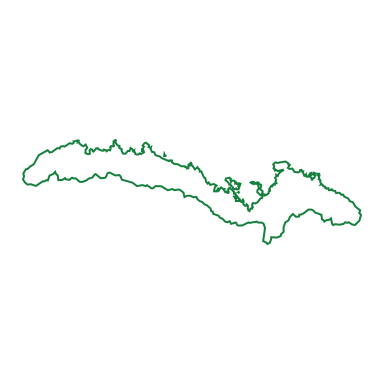 Gorontalo Utara, Gorontalo, Indonesia
{"feature_id": "22746128B78667545948550", "entity_name": "Gorontalo Utara", "entity_type": "district", "adm_level": 2, "iso_a3": "IDN", "parent_name": "Indonesia", "parent_adm1": "Gorontalo", "projection": "robinson", "projection_center": [122.789, 0.865], "detail": "fine", "context": "isolated", "style": "outline", "palette": "green", "viewbox_px": 384, "rotation_deg": 0, "n_neighbors": 0, "source": "geoboundaries", "source_scale": "gbopen_adm2", "svg_char_len": 6049}
<svg xmlns="http://www.w3.org/2000/svg" viewBox="0 0 384 384"><path d="M92.5,177.5L94.4,174.8L95.6,174.1L100.7,178.2L104.9,177.9L106.1,176.7L107.5,173.3L109.6,172.5L115.1,175.4L119.5,175.1L120.8,176.8L121.8,179.6L132.5,182.7L137.1,186.1L142.4,185.1L145.7,186.1L147.0,185.2L151.5,188.3L153.0,188.2L155.5,186.1L161.4,186.3L167.8,190.2L172.3,189.1L174.8,190.2L178.1,189.5L180.0,189.9L183.5,192.7L184.5,197.1L186.9,195.8L190.0,195.7L193.5,197.3L196.3,196.9L197.5,199.3L199.6,201.0L202.3,202.1L204.5,204.4L206.6,205.1L210.5,208.4L211.2,211.2L212.7,211.5L213.2,213.8L218.7,215.8L219.9,217.7L222.4,218.7L225.3,221.7L227.6,222.2L229.7,221.2L231.1,223.8L235.8,222.5L237.3,225.0L238.4,225.6L242.4,225.4L248.6,222.4L249.5,222.9L256.9,221.6L258.3,222.6L261.4,222.6L263.5,223.6L265.0,227.9L263.2,241.1L266.4,242.7L267.4,244.0L269.8,242.8L271.1,239.4L271.2,237.2L276.8,237.6L280.6,236.1L281.2,234.1L283.6,231.8L283.6,227.1L285.3,222.4L288.5,220.4L290.0,216.9L292.9,214.0L295.9,216.8L299.0,216.5L299.3,214.7L300.9,214.7L303.8,213.2L308.4,209.6L311.4,209.6L313.0,210.3L315.1,212.5L321.4,214.8L322.0,219.5L323.4,220.0L324.3,221.6L326.9,220.0L329.0,219.9L331.0,218.4L332.0,223.6L333.1,225.1L335.1,224.2L339.7,224.7L343.5,223.9L345.2,222.3L347.4,222.8L348.7,222.3L352.0,224.4L354.9,225.0L359.4,220.7L361.0,214.9L359.2,212.9L360.2,210.4L355.3,206.5L352.9,202.2L349.8,201.2L348.3,198.6L344.2,196.5L343.2,194.6L341.4,194.8L339.5,192.8L335.9,192.9L335.2,191.0L332.9,190.6L332.0,189.3L331.4,189.3L331.1,190.1L328.9,190.2L328.4,188.2L326.6,188.7L326.3,188.0L325.1,187.8L325.2,186.7L323.3,186.3L322.4,184.5L320.8,184.7L321.3,184.1L320.2,182.0L320.5,180.6L318.8,179.3L319.5,178.8L318.8,177.2L319.4,175.9L318.2,175.5L319.2,174.9L319.2,173.8L315.3,173.6L313.9,172.7L313.0,174.3L315.0,175.5L314.8,176.7L314.1,178.0L312.7,178.3L312.4,179.7L311.9,179.7L311.1,177.5L310.1,176.9L310.4,175.6L311.5,174.8L311.4,172.8L310.1,173.3L310.0,174.3L309.0,175.0L308.8,176.6L306.7,176.7L306.1,174.4L305.2,175.8L304.4,175.9L303.1,172.7L303.2,171.5L302.3,171.8L301.5,169.9L300.1,170.1L299.9,171.4L298.4,172.4L294.4,171.9L292.4,168.6L289.5,168.9L287.9,167.9L289.8,165.0L288.3,164.5L288.5,163.5L285.5,161.5L277.5,162.9L275.3,162.4L273.2,164.4L274.3,166.3L273.5,168.3L274.3,169.5L275.0,169.4L275.1,170.5L276.1,170.0L277.8,171.1L282.8,169.7L283.1,170.4L280.1,172.2L278.0,174.8L277.8,175.8L276.2,174.9L276.4,176.4L275.0,177.8L276.1,179.8L275.6,181.1L276.4,183.2L275.1,183.2L274.8,184.6L273.6,184.0L273.3,185.0L272.3,185.2L272.2,186.4L271.1,186.1L269.2,189.1L270.1,190.0L269.9,191.0L268.8,191.3L268.7,193.2L266.3,195.0L264.7,194.5L265.1,195.3L264.5,195.7L262.5,195.2L262.2,197.9L260.3,198.6L257.8,202.1L255.5,203.4L252.8,203.1L252.1,204.9L252.8,207.0L251.9,207.5L252.2,208.6L250.4,208.7L249.5,211.1L248.4,210.4L247.7,208.1L248.1,206.3L247.1,204.7L246.6,204.3L246.3,205.7L245.3,205.9L243.2,204.1L243.7,201.4L243.0,199.6L242.3,200.2L242.9,201.6L241.6,202.0L240.3,201.3L239.5,198.8L238.8,199.0L239.3,201.0L236.0,201.0L235.9,199.5L234.1,196.6L234.9,196.4L237.1,197.9L237.9,197.3L235.4,194.4L235.5,193.4L233.9,193.6L234.0,192.0L230.1,188.1L229.3,187.8L229.1,188.8L228.0,189.4L228.7,192.1L228.1,193.0L227.3,192.9L226.4,191.6L225.3,192.2L224.2,190.5L224.5,189.0L223.3,189.1L221.1,187.4L219.9,188.8L219.2,188.7L219.1,190.4L218.3,191.0L217.7,189.2L216.4,191.4L214.1,191.3L214.8,187.2L216.6,185.6L213.7,184.0L210.3,184.9L208.7,182.5L207.6,183.6L206.1,181.7L205.3,178.2L204.0,177.5L201.3,171.4L199.7,171.6L199.4,169.2L198.1,168.5L197.5,167.2L194.9,169.4L192.2,165.3L190.3,165.5L190.1,164.8L191.4,163.3L190.9,162.7L188.4,164.9L188.4,168.2L187.1,168.6L186.4,167.2L185.2,167.1L185.0,166.3L181.1,166.2L178.0,164.3L174.1,163.8L171.9,162.2L172.0,160.5L169.6,160.4L169.5,161.0L168.6,161.0L161.5,158.0L159.9,156.5L156.5,155.6L155.2,154.8L154.2,152.2L152.1,152.0L150.6,149.0L151.0,147.2L150.3,147.7L148.6,147.1L149.1,145.2L145.9,142.6L144.3,143.4L142.6,145.7L144.0,146.8L142.8,148.3L144.0,152.4L140.7,154.1L139.9,153.3L138.0,154.6L135.9,154.3L135.1,153.8L135.0,152.4L133.9,151.8L134.2,150.3L133.0,151.0L132.5,149.5L130.6,148.0L129.5,151.1L127.9,150.9L125.4,153.8L122.9,153.5L121.5,150.5L121.7,149.1L119.2,147.8L119.5,146.0L117.8,145.5L115.5,142.8L115.9,140.3L115.4,140.0L113.6,141.1L113.4,144.4L114.1,145.8L113.2,146.4L111.0,146.1L110.2,147.2L110.7,148.0L110.1,150.3L108.6,149.9L106.5,151.3L105.9,150.2L103.9,149.6L103.6,150.6L102.0,150.7L98.2,149.1L97.8,148.2L96.1,148.4L93.5,151.6L92.7,151.1L92.2,149.7L90.8,149.1L89.6,150.2L89.8,153.8L88.1,154.2L85.4,153.1L85.6,149.7L87.3,147.9L85.7,144.6L83.3,146.3L80.4,144.5L78.5,141.9L78.1,142.1L78.7,140.7L77.1,140.4L76.3,141.1L73.6,141.3L73.5,143.1L72.2,143.8L69.7,143.2L64.6,146.6L63.3,146.1L60.5,146.6L59.8,148.4L57.2,148.2L51.9,152.1L49.7,152.5L47.7,150.2L38.7,155.2L33.7,164.4L30.3,166.3L27.7,168.9L26.0,169.2L24.6,171.2L23.3,173.8L24.1,176.2L23.0,179.5L25.1,182.6L27.5,184.6L30.6,184.2L36.0,185.9L42.8,181.3L44.6,181.3L46.1,180.2L47.8,180.5L49.6,175.5L53.2,174.1L55.2,171.8L56.2,174.3L57.7,175.3L58.3,180.1L62.2,180.0L65.0,178.1L65.7,179.2L69.3,179.9L72.1,177.7L73.4,178.4L75.6,178.3L79.7,181.8L82.4,181.9L86.8,180.2L88.5,178.7L92.5,177.5ZM229.4,177.7L226.0,178.5L225.4,180.0L228.4,182.6L229.4,184.7L230.5,184.2L231.0,185.9L232.7,187.0L233.4,188.8L234.6,189.3L236.2,188.4L236.8,189.4L238.6,189.2L239.2,187.5L238.5,186.6L239.2,186.4L238.8,185.5L240.0,185.3L240.4,183.9L239.6,184.1L238.9,183.2L237.4,184.3L236.3,183.8L236.5,182.6L235.9,182.1L235.2,183.0L235.0,181.3L233.7,180.6L232.0,180.6L231.1,181.8L230.3,179.4L230.8,178.8L229.4,177.7ZM252.0,181.8L250.6,182.6L251.6,183.4L252.9,183.2L253.4,184.1L256.4,183.6L258.0,184.7L258.9,188.1L257.4,190.4L257.3,192.2L260.8,195.4L261.9,195.2L261.5,194.9L262.1,193.2L262.6,193.2L262.6,191.2L260.3,189.4L261.3,185.6L260.8,184.5L259.4,184.5L258.6,182.6L257.1,182.4L255.1,183.5L254.0,182.0L252.0,181.8ZM166.3,156.1L165.0,155.4L164.4,154.1L164.2,156.0L166.3,156.1ZM142.0,149.8L141.9,151.0L142.8,151.2L142.8,150.5L142.0,149.8ZM238.7,192.0L238.2,192.3L239.4,193.3L239.0,192.9L238.7,192.0Z" fill="none" stroke="#15803d" stroke-width="2"/></svg>